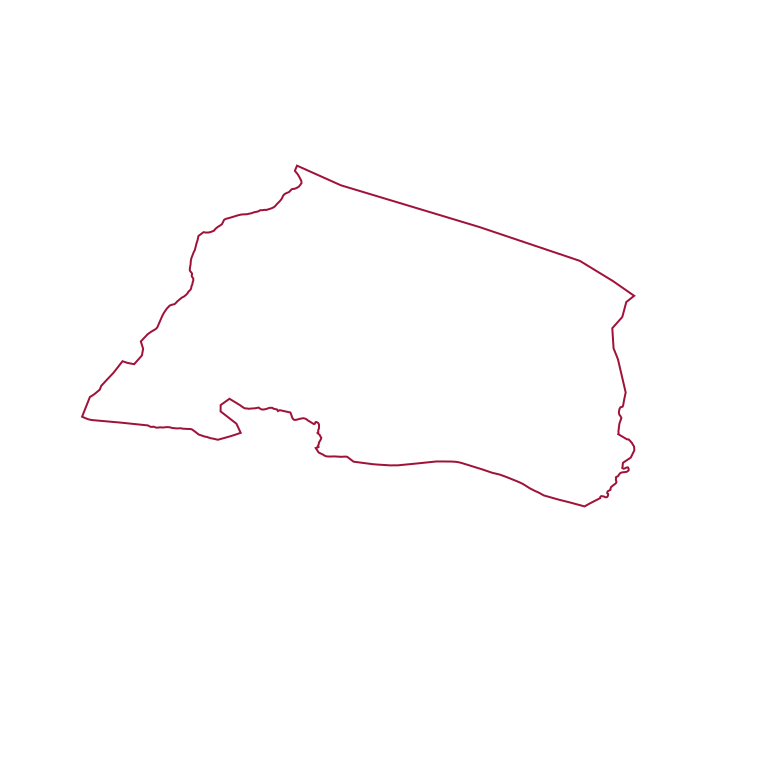 the district of Effutu Municipal, Central, Ghana, rotated 227°
{"feature_id": "2480657B83789922051105", "entity_name": "Effutu Municipal", "entity_type": "district", "adm_level": 2, "iso_a3": "GHA", "parent_name": "Ghana", "parent_adm1": "Central", "projection": "robinson", "projection_center": [-0.61, 5.385], "detail": "fine", "context": "isolated", "style": "outline", "palette": "rose", "viewbox_px": 768, "rotation_deg": 227, "n_neighbors": 0, "source": "geoboundaries", "source_scale": "gbopen_adm2", "svg_char_len": 6166}
<svg xmlns="http://www.w3.org/2000/svg" viewBox="0 0 768 768"><g transform="rotate(227 384 384)"><path d="M581.6,245.1L581.0,235.2L574.1,231.9L570.0,226.5L568.9,214.8L573.4,211.5L574.7,210.6L579.0,208.3L576.8,194.5L576.7,194.0L576.4,189.3L576.1,184.2L575.7,179.1L575.5,176.0L573.7,172.2L574.1,165.2L574.6,162.2L575.1,160.1L566.0,140.9L565.4,141.1L563.7,141.9L562.7,142.3L560.0,143.6L558.5,144.6L556.6,146.0L535.1,165.3L514.7,183.1L513.5,183.5L512.1,184.0L511.6,184.3L510.5,185.5L510.2,186.2L507.7,187.5L506.8,188.3L505.7,189.7L505.3,190.4L504.3,191.4L502.9,192.7L502.1,193.8L500.8,195.5L500.0,196.4L498.6,197.7L497.3,198.5L496.1,199.2L495.0,200.3L493.4,201.6L491.9,203.2L490.7,204.7L490.0,205.4L489.1,205.9L487.9,207.0L486.3,208.5L484.7,210.1L483.4,211.4L482.4,212.2L482.0,212.5L479.2,213.1L473.7,214.0L473.0,214.2L471.8,214.9L468.5,216.7L467.6,217.1L466.1,218.4L465.0,218.9L464.0,219.5L463.1,219.9L462.0,220.7L460.5,221.8L458.9,222.9L456.6,224.4L456.1,225.3L451.0,235.1L448.6,240.1L446.0,245.9L455.6,249.0L475.4,245.8L480.0,250.2L478.6,260.9L466.1,264.4L465.7,264.5L464.3,264.7L461.6,265.4L460.8,265.9L459.2,267.4L458.2,268.1L457.2,269.4L456.4,270.4L455.1,272.0L454.4,272.8L453.6,274.1L452.7,275.5L452.3,276.2L451.7,276.3L450.0,276.7L449.1,277.0L448.6,277.4L447.9,278.0L446.9,279.4L446.0,280.9L445.5,282.1L445.2,282.9L444.5,284.2L443.6,285.2L442.5,286.2L441.5,286.2L438.3,288.4L436.5,288.0L435.9,290.0L433.8,291.4L427.0,296.1L423.8,294.8L422.6,294.1L421.0,293.7L419.5,293.7L418.9,294.0L418.3,294.6L417.6,295.5L416.0,298.6L414.6,300.8L414.1,301.6L413.4,302.1L412.1,302.9L411.2,303.2L410.7,303.3L410.3,303.4L409.8,303.4L409.4,303.4L409.1,303.5L408.2,303.8L403.9,305.0L402.5,305.4L402.1,306.3L402.8,307.9L402.4,308.6L401.0,309.1L400.6,309.2L399.8,309.2L398.4,308.6L396.9,307.2L396.5,306.7L395.9,306.2L395.1,304.4L393.6,303.1L393.7,302.6L393.6,302.0L392.5,302.0L392.1,302.0L391.0,302.3L388.4,301.6L387.5,301.5L386.7,300.3L385.9,297.9L385.7,296.6L385.3,296.2L384.7,295.6L384.1,294.3L383.7,293.2L382.9,293.4L382.5,293.0L383.7,290.4L378.4,289.5L373.8,291.3L372.6,291.5L372.1,291.7L370.6,292.4L369.6,293.2L368.0,294.8L366.4,296.6L364.9,298.3L363.0,300.1L359.7,303.3L358.5,304.8L357.1,306.4L355.9,307.4L347.9,308.8L333.0,321.1L329.4,324.4L320.2,333.1L315.2,338.5L303.1,354.3L291.6,369.5L282.3,379.4L280.7,381.0L277.6,383.9L274.7,386.0L272.1,387.6L254.2,397.8L244.9,402.8L242.0,404.8L238.6,407.0L234.7,409.0L230.6,411.0L220.5,415.7L216.5,417.3L213.3,418.2L208.3,419.5L203.0,421.4L198.8,423.2L196.2,424.0L193.5,424.9L180.3,432.9L170.7,439.1L157.7,447.2L156.3,453.0L153.1,464.3L153.6,464.7L153.8,465.1L153.9,465.5L153.9,466.2L153.7,466.6L152.7,467.4L152.2,467.8L151.5,468.2L150.9,468.4L150.4,468.5L149.9,469.0L149.5,469.4L149.2,470.0L149.3,470.8L149.5,471.5L150.1,472.4L150.8,472.9L151.8,472.7L152.5,473.4L152.8,474.1L152.9,474.6L152.7,475.4L152.4,476.5L152.2,477.2L152.3,477.7L152.7,477.9L153.1,478.5L153.6,479.5L153.8,480.1L153.7,480.9L153.6,481.8L153.6,482.5L153.4,484.1L153.3,485.0L153.3,485.8L153.6,486.9L153.9,487.3L154.3,487.4L154.9,487.8L155.4,488.0L156.0,488.4L156.3,488.8L156.9,489.5L157.2,489.9L157.6,490.0L157.6,490.4L157.4,491.2L157.1,491.8L157.0,492.4L157.1,492.8L157.3,493.3L157.4,494.0L157.5,494.3L157.6,495.1L157.7,495.6L157.6,496.6L157.4,497.0L156.7,498.2L156.5,498.5L156.0,499.1L155.7,499.5L155.2,500.2L155.0,500.6L154.8,500.9L154.2,501.7L154.0,503.3L154.1,504.1L154.3,504.4L154.9,504.8L155.4,505.2L155.9,505.3L156.6,505.5L157.0,505.3L157.6,504.1L157.8,503.6L158.0,502.6L158.2,502.1L158.4,501.8L158.7,501.4L159.4,501.1L160.2,501.0L160.7,501.9L160.9,502.3L161.6,502.9L161.8,503.2L162.2,503.5L162.7,504.2L163.0,504.6L163.4,505.1L161.9,514.3L164.7,521.7L165.2,522.1L165.5,522.5L166.0,522.9L166.6,523.4L167.1,523.8L167.7,524.1L168.2,524.3L168.9,524.5L169.4,524.6L170.1,524.7L170.4,524.8L171.1,524.9L172.0,525.2L172.5,525.1L173.4,525.1L174.1,525.2L174.7,525.3L175.4,525.1L176.0,525.2L176.5,525.2L177.0,524.8L177.3,524.5L177.7,524.0L187.6,521.1L187.8,521.8L188.1,522.1L188.4,522.4L188.8,522.6L189.3,523.0L189.7,523.4L190.2,523.9L190.5,524.4L190.9,524.9L191.4,525.5L191.8,525.9L192.5,526.7L192.8,527.1L193.0,527.4L193.8,528.3L194.1,528.7L194.7,529.6L195.1,530.3L195.4,530.9L195.7,531.5L195.9,531.8L196.5,533.1L196.8,533.6L197.3,534.5L198.3,534.7L198.9,534.9L199.3,535.1L200.2,535.1L200.9,535.2L201.8,535.6L202.5,536.0L203.1,536.5L203.5,536.9L204.1,537.8L205.0,539.0L205.3,539.5L205.4,539.9L205.7,541.1L204.7,543.0L205.0,543.8L205.4,544.5L208.5,548.6L213.0,555.0L242.4,571.9L248.5,574.3L253.5,576.2L269.1,589.0L270.5,604.0L278.7,617.1L277.9,627.1L303.3,621.6L340.5,611.2L382.7,588.4L433.4,561.0L468.3,540.7L558.7,488.0L603.0,469.3L600.9,464.6L600.6,464.2L599.6,464.1L597.2,464.0L595.5,463.8L593.3,463.3L590.9,462.6L589.2,462.2L587.2,460.7L586.8,458.9L586.4,456.4L586.7,454.9L587.1,453.6L587.8,451.6L588.9,450.3L589.4,449.1L589.2,446.7L589.2,445.3L589.7,444.0L590.2,442.7L590.4,441.9L590.7,440.7L590.6,439.4L590.4,438.2L589.7,436.9L589.2,435.4L588.8,432.7L588.6,427.8L588.3,425.4L588.5,423.8L589.2,421.6L590.2,419.4L590.5,418.8L591.7,416.4L592.6,415.7L593.9,413.8L595.5,412.0L596.0,409.7L597.3,407.6L598.4,405.7L599.3,403.5L600.6,401.4L601.8,399.3L603.6,397.3L605.6,394.7L607.1,392.0L608.2,389.7L609.8,386.4L611.4,383.2L612.5,381.3L612.8,380.4L613.1,379.0L612.6,377.6L612.1,376.4L611.4,374.4L611.7,372.1L612.2,369.8L612.4,367.4L612.3,365.0L612.0,364.6L613.0,361.7L614.3,359.2L616.2,357.0L618.1,355.6L618.8,349.6L618.7,349.1L617.3,347.1L616.6,346.2L615.8,344.7L615.5,344.4L615.1,343.4L611.1,337.2L610.3,335.0L609.1,332.5L607.4,328.9L606.8,328.2L606.1,327.0L603.4,324.1L602.4,322.8L601.8,321.9L600.3,320.1L599.3,319.4L598.6,319.2L596.4,319.1L595.6,318.8L595.1,318.4L594.6,317.5L593.7,316.9L592.8,316.6L591.5,316.6L590.3,315.6L589.5,314.8L589.0,313.6L587.8,312.1L587.3,311.1L587.0,310.2L586.3,309.2L585.9,308.8L585.2,307.5L584.9,306.5L584.9,304.0L584.7,303.1L584.4,302.6L584.2,299.8L584.4,297.2L585.1,294.9L585.4,289.4L585.2,286.2L585.3,285.2L586.8,282.6L587.5,280.7L587.2,276.2L586.9,275.2L586.9,274.7L586.4,272.8L586.2,271.8L585.8,270.5L585.2,268.7L580.1,257.0L579.9,255.8L579.9,254.3L581.0,249.5L581.6,245.1Z" fill="none" stroke="#9f1239" stroke-width="2"/></g></svg>